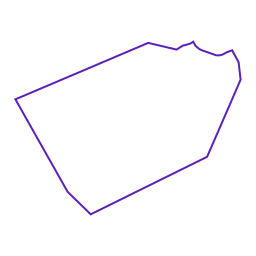 the district of Cedars/Chu Tigre, Choiseul, Saint Lucia
{"feature_id": "8701671B42521441086623", "entity_name": "Cedars/Chu Tigre", "entity_type": "district", "adm_level": 2, "iso_a3": "LCA", "parent_name": "Saint Lucia", "parent_adm1": "Choiseul", "projection": "mercator", "projection_center": [-61.046, 13.77], "detail": "fine", "context": "isolated", "style": "outline", "palette": "violet", "viewbox_px": 256, "rotation_deg": 0, "n_neighbors": 0, "source": "geoboundaries", "source_scale": "gbopen_adm2", "svg_char_len": 403}
<svg xmlns="http://www.w3.org/2000/svg" viewBox="0 0 256 256"><path d="M192.5,42.2L190.9,43.3L187.0,44.6L182.8,45.6L176.6,49.6L148.2,42.9L15.4,99.3L67.6,191.8L90.7,214.3L207.1,156.8L230.4,103.3L240.6,79.6L238.6,62.2L232.6,51.1L232.2,50.3L226.7,52.3L222.5,54.6L219.9,55.3L216.1,55.3L208.6,52.6L201.9,50.3L199.3,49.0L195.7,46.0L193.2,41.7L192.5,42.2Z" fill="none" stroke="#5b21b6" stroke-width="2"/></svg>